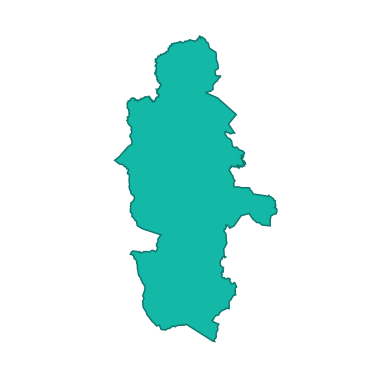 outline of Sefwi-wiawso, Western, Ghana, rotated 220°
{"feature_id": "2480657B7942392054994", "entity_name": "Sefwi-wiawso", "entity_type": "district", "adm_level": 2, "iso_a3": "GHA", "parent_name": "Ghana", "parent_adm1": "Western", "projection": "orthographic", "projection_center": [-2.458, 6.306], "detail": "fine", "context": "isolated", "style": "filled", "palette": "teal", "viewbox_px": 384, "rotation_deg": 220, "n_neighbors": 0, "source": "geoboundaries", "source_scale": "gbopen_adm2", "svg_char_len": 6099}
<svg xmlns="http://www.w3.org/2000/svg" viewBox="0 0 384 384"><g transform="rotate(220 192 192)"><path d="M92.5,141.4L93.5,141.5L95.0,144.0L95.9,144.4L97.2,146.5L96.8,147.9L100.6,149.9L101.5,149.7L101.5,148.6L102.7,147.0L106.6,148.5L106.6,149.5L107.4,149.8L108.7,149.4L109.4,148.2L111.4,146.6L112.3,147.0L113.4,146.2L114.9,146.2L115.4,146.6L115.8,148.3L117.7,149.0L117.9,149.9L116.7,150.6L117.8,152.5L118.8,152.6L119.2,154.3L122.9,153.9L125.0,155.9L126.3,158.3L125.9,160.3L126.7,161.4L126.5,162.3L125.1,163.2L124.7,162.9L124.4,163.9L126.2,163.7L131.4,169.1L131.2,170.2L132.5,175.4L134.2,176.6L139.0,181.7L142.8,182.9L143.2,183.9L142.5,184.9L143.4,186.9L143.2,187.4L143.7,188.4L144.6,188.2L144.5,188.5L145.3,188.7L141.7,189.6L140.8,188.8L139.9,188.5L139.7,188.9L138.0,192.9L139.1,205.4L134.5,212.2L128.2,210.4L122.7,210.3L120.5,211.9L117.4,211.6L110.3,216.3L114.2,221.0L116.2,224.4L114.6,228.3L113.5,229.3L114.4,231.5L116.0,233.4L116.8,233.6L118.9,233.0L119.2,233.7L118.6,234.3L119.7,236.2L120.9,236.5L122.6,238.8L124.3,238.4L125.4,239.2L128.5,238.9L129.6,238.4L130.9,238.9L131.5,236.9L133.1,236.4L143.8,229.8L146.8,231.0L148.7,231.0L150.5,232.1L151.1,231.9L156.5,227.3L160.5,225.3L161.6,223.8L163.5,223.0L164.4,224.5L165.5,225.2L166.4,227.4L166.2,228.2L168.8,228.8L171.4,230.8L173.0,230.7L175.6,232.2L176.9,231.9L177.1,232.6L177.7,232.8L178.0,235.3L178.3,235.3L177.8,236.3L178.3,237.3L177.9,237.2L177.0,238.3L176.6,238.0L175.2,238.8L174.6,241.4L173.5,239.9L173.0,239.9L172.3,240.6L171.3,240.5L171.5,241.4L173.2,242.2L172.3,242.4L172.0,243.1L171.2,242.4L170.4,243.4L171.0,244.2L170.2,243.3L169.7,243.4L169.4,243.9L169.8,244.6L168.7,245.8L169.8,246.0L169.5,246.7L169.9,247.0L169.1,247.8L170.0,248.1L170.1,248.7L171.0,248.4L170.9,247.3L171.6,248.1L171.4,249.0L171.7,249.2L172.5,249.1L172.8,247.8L173.8,249.0L175.1,249.0L175.0,250.4L176.2,249.8L175.6,250.9L176.5,251.4L175.6,251.5L175.3,252.3L177.1,252.6L176.5,253.2L176.3,254.4L177.0,255.8L180.0,256.0L181.2,255.2L183.4,254.7L186.7,255.2L187.7,253.6L189.8,252.8L194.6,256.5L196.9,257.2L200.0,256.3L205.5,258.5L205.3,260.0L203.8,259.9L201.7,261.2L200.0,261.2L198.6,263.5L197.3,264.5L207.7,267.5L207.9,279.8L232.9,280.5L245.1,276.9L245.1,277.8L242.5,281.1L241.9,284.3L244.1,286.5L244.7,288.2L244.7,291.3L244.1,293.2L244.6,295.7L244.3,298.4L244.8,299.2L247.4,297.0L248.7,296.5L251.6,298.8L252.4,300.5L251.7,301.6L251.3,303.7L255.0,307.1L259.0,309.4L261.0,312.2L263.5,314.4L270.7,313.4L272.3,314.1L275.1,316.4L277.9,316.3L280.0,317.4L282.0,317.1L283.2,317.4L284.0,316.6L286.4,316.4L286.5,316.1L285.1,315.3L285.8,315.3L286.1,313.3L285.5,312.1L286.2,311.4L286.1,310.0L286.6,309.1L287.6,309.2L288.1,308.6L291.5,307.2L292.7,304.1L294.1,303.4L294.4,301.2L296.1,299.7L296.5,300.0L298.1,299.4L298.9,296.7L299.9,296.4L300.0,295.6L301.4,294.6L301.6,293.3L302.7,292.8L302.7,292.0L302.1,291.9L301.8,291.1L302.8,290.0L302.7,288.8L302.0,288.2L302.1,287.3L302.6,286.8L300.7,285.1L302.0,282.9L301.5,282.1L301.8,280.7L302.5,280.5L302.7,279.0L303.5,278.3L303.6,277.2L304.5,277.0L304.1,276.1L304.2,275.3L305.3,274.3L304.3,272.1L305.3,270.7L305.4,270.0L304.8,269.4L303.8,269.6L303.7,268.0L301.6,268.2L301.4,265.7L300.5,265.5L300.9,264.8L299.5,264.8L298.3,263.2L298.2,262.0L296.6,261.2L297.3,260.0L296.9,259.3L296.8,259.6L296.0,259.5L295.8,258.6L293.4,258.0L293.3,257.4L292.4,257.4L291.0,255.4L290.5,255.4L290.4,255.8L289.5,255.3L289.2,255.5L289.0,254.7L286.4,254.4L285.9,254.9L285.5,254.3L284.3,254.2L284.5,251.9L283.6,250.9L284.4,249.0L284.3,248.4L285.2,247.7L283.8,247.5L284.1,246.6L283.5,247.2L283.3,245.9L282.9,245.5L282.6,245.7L281.9,244.9L280.1,245.5L279.4,244.5L279.6,243.6L278.8,243.2L278.9,242.6L280.0,241.9L280.1,240.7L279.7,239.7L279.1,239.4L279.4,238.1L278.7,237.5L279.7,235.9L280.7,236.0L280.9,236.6L281.3,236.1L282.0,236.7L282.8,236.0L283.4,236.2L283.3,236.7L283.9,236.5L284.8,237.2L284.8,237.5L286.7,237.5L286.9,236.5L288.3,235.1L288.7,235.2L289.3,234.2L289.6,233.2L289.3,232.9L290.4,231.5L290.3,230.7L291.0,230.7L290.5,230.0L291.5,229.0L292.0,226.7L292.9,227.3L293.1,226.7L294.2,226.5L294.5,226.0L294.6,226.6L295.7,226.8L297.8,226.2L298.8,224.0L298.2,222.5L299.3,220.7L298.7,220.2L299.0,219.3L298.6,218.2L296.2,215.8L295.9,214.9L293.4,214.6L293.1,213.8L292.4,213.9L291.7,212.7L291.1,212.5L290.5,211.2L289.6,210.9L288.9,209.1L289.6,208.0L289.1,208.0L288.6,206.8L287.5,206.1L287.9,204.9L286.4,204.6L285.9,203.9L283.4,203.0L280.1,202.9L278.6,200.3L277.6,200.2L276.8,199.4L276.0,197.5L276.2,196.3L275.4,194.7L272.8,193.9L271.9,192.8L270.3,192.2L269.5,190.7L268.8,190.2L270.1,185.6L270.4,172.4L271.6,166.6L265.5,166.8L263.5,168.1L261.4,168.7L260.0,168.0L258.8,169.0L256.5,167.8L255.7,168.5L254.9,168.5L254.2,167.3L254.4,166.1L254.1,165.7L253.1,165.2L253.2,164.6L250.8,164.8L247.2,159.9L244.4,157.3L243.7,155.7L240.6,153.4L238.6,152.9L238.4,152.1L237.1,151.4L234.1,151.7L232.0,150.4L231.2,147.2L231.8,144.2L230.5,143.2L230.3,141.8L229.1,140.9L227.3,138.0L226.4,137.6L226.2,137.0L224.7,136.9L223.3,136.1L222.3,134.6L220.3,134.7L217.5,133.7L215.6,133.8L212.3,131.0L206.0,132.1L188.3,139.2L187.9,134.0L186.3,132.3L185.7,130.8L185.9,129.6L185.0,128.4L183.8,127.6L182.6,127.6L181.5,124.4L181.6,122.8L183.9,122.5L185.3,121.4L186.0,118.4L188.1,117.6L190.5,115.4L191.4,113.3L192.4,112.4L193.6,112.7L193.4,111.7L195.2,111.5L199.5,108.7L199.7,106.4L199.2,104.7L196.1,105.9L193.3,103.8L192.9,104.1L190.3,103.7L188.2,101.6L186.4,100.9L186.4,100.2L184.1,97.8L183.0,97.0L182.8,97.1L179.8,94.1L177.0,93.2L175.7,93.3L174.7,92.0L173.0,91.6L171.5,90.4L170.5,90.6L167.0,89.1L165.2,86.7L163.0,80.8L160.6,79.8L159.4,76.4L155.4,72.4L149.5,70.4L147.9,69.2L139.2,67.2L137.4,67.3L133.2,66.6L131.2,69.0L127.4,66.9L123.5,69.3L122.9,71.6L121.5,73.2L120.5,77.0L118.3,77.9L117.5,80.4L114.1,83.5L114.2,84.0L112.9,84.5L111.8,85.7L111.5,87.0L80.1,91.2L78.6,92.1L79.9,92.7L80.1,96.4L82.8,99.4L83.5,102.6L84.0,103.5L85.9,105.0L86.6,108.0L92.2,106.2L94.1,106.5L93.6,107.9L94.5,110.5L94.2,113.2L93.3,113.7L92.6,115.3L93.2,117.2L92.9,120.3L91.0,123.9L90.8,125.2L88.6,126.5L90.4,128.9L91.7,129.9L93.2,132.5L93.0,134.9L93.8,138.7L92.5,141.4Z" fill="#14b8a6" stroke="#0f766e" stroke-width="1.5"/></g></svg>